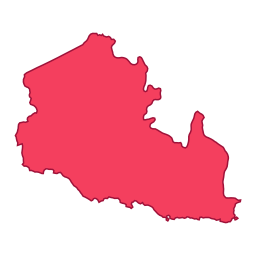 Restinga Sêca, Rio Grande do Sul, Brazil
{"feature_id": "56859067B37835458668182", "entity_name": "Restinga Sêca", "entity_type": "district", "adm_level": 2, "iso_a3": "BRA", "parent_name": "Brazil", "parent_adm1": "Rio Grande do Sul", "projection": "robinson", "projection_center": [-53.306, -29.8], "detail": "fine", "context": "isolated", "style": "filled", "palette": "rose", "viewbox_px": 256, "rotation_deg": 0, "n_neighbors": 0, "source": "geoboundaries", "source_scale": "gbopen_adm2", "svg_char_len": 5141}
<svg xmlns="http://www.w3.org/2000/svg" viewBox="0 0 256 256"><path d="M110.4,37.5L108.7,36.4L106.7,37.0L105.4,36.6L103.6,35.9L102.6,34.3L101.3,35.5L99.7,34.8L97.9,35.4L96.7,33.5L94.7,33.5L92.7,33.4L90.6,34.2L89.1,36.0L87.8,39.0L86.6,40.8L85.5,41.7L84.2,42.8L82.8,44.7L57.7,57.7L50.5,61.3L43.1,64.9L37.1,67.7L31.7,70.4L26.7,72.8L24.4,74.6L24.6,76.8L23.5,79.3L23.4,82.0L23.9,83.8L24.9,86.0L26.7,87.0L28.1,87.5L29.5,88.9L29.8,90.9L30.1,92.6L29.3,95.0L29.6,96.7L31.2,98.4L30.6,100.5L29.8,102.6L30.6,104.3L32.2,104.9L33.9,105.6L35.4,106.9L36.4,108.3L37.2,110.7L36.5,113.0L35.0,112.8L32.7,114.2L31.1,115.8L29.2,116.3L27.6,117.8L27.3,119.3L27.9,121.4L25.6,122.3L23.5,122.0L21.9,122.4L19.8,122.8L18.6,124.3L18.3,126.5L18.2,128.4L17.8,129.9L17.3,132.2L16.1,134.3L15.4,135.7L16.2,137.0L16.5,139.0L17.0,141.0L17.8,142.8L17.5,145.4L22.1,143.8L22.6,145.8L22.5,148.0L22.2,150.5L21.9,152.9L22.4,155.4L23.4,158.0L23.4,160.3L23.6,163.0L22.4,164.4L24.1,166.1L25.9,166.1L27.4,166.6L29.1,168.0L29.7,170.5L31.6,170.5L33.6,171.3L34.9,172.0L36.6,171.9L38.7,172.2L40.4,172.9L42.0,173.5L43.3,173.5L43.5,171.7L44.3,170.0L46.0,168.8L47.4,168.9L48.9,169.3L50.9,169.3L52.8,169.5L53.9,170.7L53.5,172.9L55.4,173.3L57.0,173.5L58.5,172.7L60.5,172.4L61.8,173.9L63.0,175.6L64.8,176.8L66.5,177.3L67.8,177.9L69.1,178.7L70.4,180.3L71.4,182.2L72.6,183.8L73.8,185.6L75.5,186.7L76.8,187.7L78.0,189.5L79.5,190.9L80.6,192.7L81.7,194.0L83.1,196.2L85.0,197.0L86.7,197.9L88.1,198.7L89.7,199.7L91.2,200.8L92.6,200.2L93.5,198.8L94.8,198.3L96.4,198.7L97.9,200.0L99.0,202.3L101.2,201.0L103.1,200.6L103.9,198.8L105.3,198.3L107.3,198.5L109.0,196.9L111.0,197.5L112.9,197.8L114.6,198.4L116.6,198.3L118.2,198.3L119.9,200.1L120.3,202.4L122.4,203.2L124.5,203.6L126.1,204.5L126.1,206.5L128.0,207.0L130.0,207.4L131.2,208.4L132.8,207.1L131.3,204.0L132.0,202.3L133.3,202.0L134.6,200.6L136.5,201.1L137.7,202.3L138.9,203.2L140.5,203.8L142.6,202.6L143.3,204.0L144.9,205.3L146.7,205.1L148.1,205.1L149.8,205.8L151.8,206.8L153.1,208.0L154.0,209.7L155.6,211.4L157.7,213.7L159.7,215.2L161.7,216.0L163.1,217.3L164.7,217.3L166.3,217.6L167.0,215.8L168.8,215.3L170.0,216.4L169.9,218.2L172.0,219.1L174.2,219.4L175.4,217.9L177.3,217.4L179.1,218.0L180.7,217.8L182.4,217.5L184.4,218.2L185.9,217.8L187.1,216.8L188.9,217.2L190.1,218.0L191.7,217.9L193.1,218.4L194.7,219.0L196.4,218.7L197.7,219.5L199.2,219.8L199.9,217.4L201.4,217.1L203.2,217.9L205.3,217.5L207.0,217.5L208.6,217.5L210.0,217.8L211.2,218.5L212.8,218.8L214.6,219.1L216.4,220.2L218.4,219.8L220.1,219.2L220.2,221.3L221.9,221.6L223.8,222.2L225.6,222.6L227.2,222.4L228.6,221.7L230.2,221.7L231.3,220.4L232.2,218.5L234.3,217.8L235.0,215.2L233.7,213.8L233.6,212.0L234.0,210.5L233.7,208.8L235.0,206.1L235.4,204.0L237.1,202.8L238.8,202.2L240.3,201.7L240.6,200.0L238.4,200.3L236.6,199.3L235.4,198.3L233.8,198.0L231.8,197.9L230.4,197.9L228.3,198.0L226.1,197.9L225.0,196.9L223.8,195.4L223.4,193.0L223.5,191.0L223.6,188.9L223.4,187.1L223.3,185.1L222.9,182.8L222.9,181.2L223.6,177.4L223.9,175.0L224.1,173.3L224.6,171.3L226.2,168.7L227.1,166.6L227.5,164.0L227.7,161.8L228.1,159.8L228.4,158.1L228.2,156.4L227.5,154.2L226.3,152.2L225.1,150.9L224.3,149.2L223.3,147.4L221.7,146.3L220.0,145.2L218.5,144.2L217.3,143.3L216.1,142.3L214.8,141.6L213.1,140.3L211.1,139.1L208.2,137.7L206.3,137.0L204.4,135.5L203.6,134.0L203.1,131.7L202.6,129.4L202.3,127.4L202.7,125.2L202.2,123.0L201.9,121.0L202.9,119.2L204.1,117.6L203.1,115.4L201.6,114.1L200.3,113.5L199.2,112.7L197.6,111.3L195.8,112.4L194.8,114.0L194.4,115.8L194.0,117.6L193.4,119.2L192.6,120.8L191.8,122.6L191.2,124.2L191.1,125.9L191.2,127.5L191.2,130.0L190.5,132.2L189.3,134.5L188.8,136.5L188.8,139.3L188.5,141.9L187.7,144.9L186.8,146.9L185.4,147.9L183.2,147.3L181.7,145.9L181.5,144.1L180.7,142.6L178.7,142.9L176.6,142.7L174.5,142.7L173.0,141.7L172.4,139.7L171.8,138.1L170.6,136.9L168.7,135.5L166.4,134.5L164.4,133.8L162.5,133.1L157.1,129.8L155.3,128.9L152.6,128.8L150.6,127.9L149.8,126.3L150.5,123.9L152.2,122.7L153.7,121.8L155.1,119.8L154.7,118.2L153.0,117.8L150.6,118.5L148.9,119.2L147.0,119.4L145.0,119.9L143.6,119.6L143.4,117.1L143.9,115.2L145.0,114.2L146.4,113.1L146.9,111.4L146.5,109.5L146.9,107.4L148.3,105.8L150.4,104.8L151.8,103.5L152.7,101.2L153.8,99.9L155.2,99.5L157.0,99.7L158.7,99.6L160.4,98.6L160.8,97.1L160.3,94.2L160.3,92.6L160.8,90.6L160.4,88.7L158.7,88.1L157.3,88.7L155.9,89.1L154.4,88.9L153.2,87.9L151.9,86.0L150.1,85.2L148.5,85.6L147.8,87.3L147.4,89.6L146.7,91.1L145.3,91.6L144.0,90.9L143.4,89.2L143.9,86.7L144.7,85.1L145.4,82.8L145.8,80.8L145.9,78.0L146.0,75.6L145.7,73.1L147.3,70.9L147.7,68.5L146.9,66.6L145.0,64.8L142.9,60.6L142.3,59.2L141.3,57.6L139.8,56.8L138.1,57.5L137.8,59.6L138.0,61.2L137.6,62.8L136.4,64.1L134.8,64.7L132.6,64.6L130.6,63.5L129.6,62.2L128.5,60.9L127.1,59.4L125.8,58.5L124.5,58.0L122.9,57.6L121.4,57.5L119.7,57.8L118.0,57.9L116.5,57.7L115.2,57.2L113.8,56.0L112.9,53.9L112.6,52.0L112.1,50.4L111.4,47.5L112.0,45.6L113.4,44.3L114.6,43.0L115.3,41.1L113.7,39.3L111.4,39.4L110.4,37.5ZM234.3,217.8L235.1,219.9L236.5,219.4L237.9,218.3L236.6,217.1L234.3,217.8ZM166.3,217.6L166.3,220.0L167.8,220.9L168.7,219.5L167.8,218.1L166.3,217.6Z" fill="#f43f5e" stroke="#9f1239" stroke-width="1.5"/></svg>